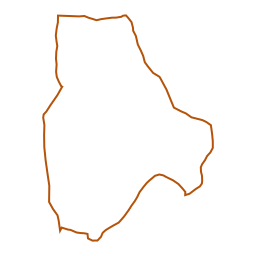 the Municipality of Mizdah
{"feature_id": "LBY-2976", "entity_name": "Mizdah", "entity_type": "Municipality", "adm_level": 1, "iso_a3": "LBY", "parent_name": "Libya", "parent_adm1": "", "projection": "albers", "projection_center": [13.169, 30.372], "detail": "fine", "context": "isolated", "style": "outline", "palette": "amber", "viewbox_px": 256, "rotation_deg": 0, "n_neighbors": 0, "source": "natural_earth", "source_scale": "10m", "svg_char_len": 1463}
<svg xmlns="http://www.w3.org/2000/svg" viewBox="0 0 256 256"><path d="M104.8,18.6L111.9,17.7L116.2,17.6L121.3,16.8L123.0,15.7L126.0,15.4L128.4,18.1L131.5,22.1L132.9,27.4L133.2,30.8L135.9,36.0L137.8,44.5L140.9,50.7L143.2,56.0L144.8,62.2L147.7,66.2L153.1,72.9L156.2,74.8L159.0,76.5L159.9,77.4L166.5,89.6L171.1,100.9L173.9,107.6L181.2,111.4L185.9,113.4L191.4,117.3L202.4,120.1L206.3,122.0L206.6,122.2L210.9,125.2L212.1,133.9L212.8,141.2L212.8,147.9L210.4,152.4L207.2,155.9L206.6,157.0L205.1,160.0L202.1,164.2L200.8,167.4L201.0,171.8L202.0,175.8L202.2,180.5L201.9,183.5L199.9,186.4L195.9,188.9L189.6,193.7L185.2,195.1L185.3,191.9L182.6,188.6L178.4,184.0L173.0,180.3L166.4,177.1L163.4,175.4L159.3,174.5L155.0,175.8L149.4,180.5L146.7,183.0L143.6,186.8L139.6,192.1L137.2,197.1L134.7,201.3L131.6,205.5L128.7,210.1L124.0,216.6L118.7,222.6L113.0,225.7L108.6,228.3L105.7,230.1L102.7,232.8L101.0,236.8L97.5,240.5L92.4,240.6L88.0,238.4L87.5,233.9L84.4,233.3L80.3,233.0L76.6,232.5L70.5,229.9L68.1,229.6L61.7,227.6L60.1,230.7L58.6,220.2L57.5,215.3L53.0,209.0L49.1,202.0L49.3,185.8L47.5,173.5L45.6,160.1L44.3,147.2L44.1,135.3L44.4,125.1L43.2,117.6L43.7,114.4L46.3,111.6L50.5,105.1L57.3,95.3L62.2,86.7L61.3,86.3L58.8,81.6L56.8,77.0L56.1,71.8L56.6,64.5L56.0,58.7L56.3,51.8L57.3,46.0L56.6,41.8L55.8,35.6L56.7,28.3L57.9,22.4L58.0,15.6L71.7,16.1L79.0,16.4L84.4,16.0L88.7,17.8L92.8,19.0L96.5,20.2L98.4,19.8L100.8,19.2L104.8,18.6Z" fill="none" stroke="#b45309" stroke-width="2"/></svg>